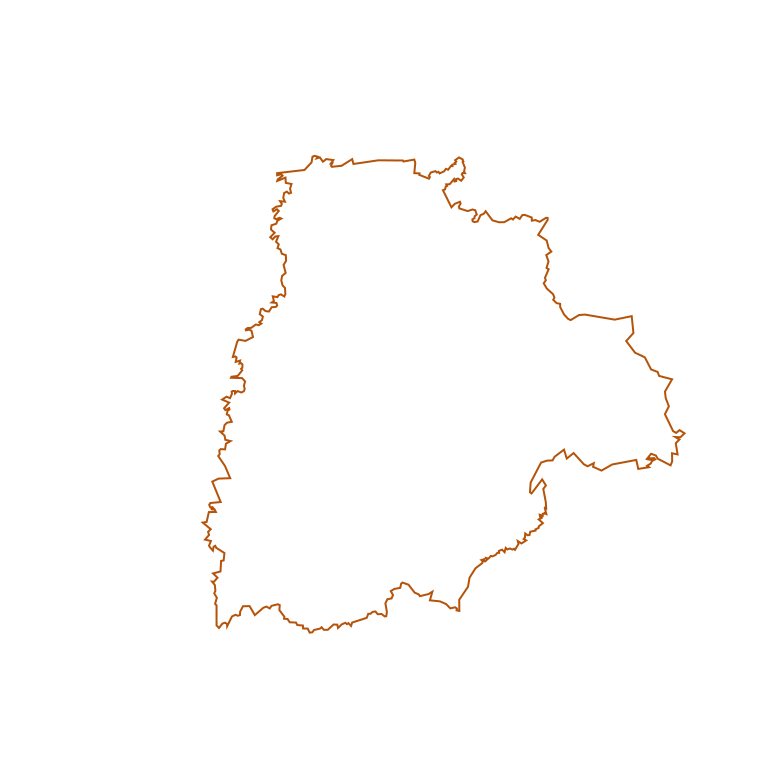 the district of Sisonke, KwaZulu-Natal, South Africa, rotated 243°
{"feature_id": "47623444B12889843225205", "entity_name": "Sisonke", "entity_type": "district", "adm_level": 2, "iso_a3": "ZAF", "parent_name": "South Africa", "parent_adm1": "KwaZulu-Natal", "projection": "equal_earth", "projection_center": [29.721, -30.084], "detail": "fine", "context": "isolated", "style": "outline", "palette": "amber", "viewbox_px": 768, "rotation_deg": 243, "n_neighbors": 0, "source": "geoboundaries", "source_scale": "gbopen_adm2", "svg_char_len": 6166}
<svg xmlns="http://www.w3.org/2000/svg" viewBox="0 0 768 768"><g transform="rotate(243 384 384)"><path d="M332.0,635.5L336.6,618.8L354.6,594.6L356.9,589.1L356.2,579.3L358.5,577.6L364.1,576.0L372.5,575.9L375.5,577.3L377.7,574.5L382.2,573.0L383.6,575.1L387.2,575.4L395.1,572.4L401.2,572.0L403.0,575.3L405.5,575.6L411.5,582.8L413.6,581.5L418.5,586.2L425.2,587.1L426.0,593.2L430.5,592.4L438.0,594.1L446.9,589.1L456.0,604.4L457.7,605.2L458.5,603.9L457.9,596.3L461.3,593.4L462.4,589.9L465.3,591.2L470.8,586.2L471.7,583.9L469.5,579.9L473.4,577.3L472.0,573.6L473.9,572.5L473.6,564.6L475.9,559.9L480.6,554.9L491.8,553.0L490.4,550.2L490.6,546.6L486.3,541.2L487.2,538.1L488.7,536.9L490.6,537.5L490.6,539.8L492.3,540.9L492.9,543.6L497.4,544.2L499.3,542.1L500.1,537.0L506.3,530.8L508.1,531.3L510.1,534.2L511.9,534.4L512.4,528.9L510.8,524.3L529.9,524.5L529.7,526.8L531.9,528.6L531.8,530.1L533.6,530.1L532.2,533.2L534.8,539.4L532.4,538.8L532.0,540.5L533.9,541.4L533.4,543.2L530.1,545.1L531.8,548.8L535.5,548.5L536.3,549.8L535.1,551.9L537.0,551.8L540.0,554.3L546.1,554.9L546.4,556.6L546.6,555.3L548.3,556.1L551.8,553.7L551.1,549.0L549.3,549.3L548.9,547.4L547.7,547.6L548.4,544.4L547.1,543.9L547.9,542.7L545.8,538.4L547.6,536.9L546.2,534.1L546.4,529.1L548.3,528.9L548.5,527.1L550.3,526.5L551.2,521.7L549.0,518.4L547.6,518.8L546.5,517.3L554.3,510.4L555.5,511.3L558.1,506.7L566.7,512.2L570.2,512.9L573.4,502.4L574.5,502.4L585.9,480.5L593.9,456.7L598.8,457.7L597.7,445.3L601.2,436.1L602.5,435.9L604.2,438.1L604.6,436.9L606.5,440.5L610.6,434.7L609.8,430.5L615.0,429.7L615.6,426.5L616.6,428.2L618.8,425.7L619.0,423.5L614.3,420.0L610.8,410.3L620.4,384.5L618.5,383.5L617.5,387.7L615.6,388.2L614.6,382.3L613.4,381.1L612.6,389.9L607.8,387.8L604.2,392.4L600.6,388.9L596.6,388.0L596.8,385.8L599.5,384.8L599.5,381.7L595.5,378.7L591.4,378.5L594.1,374.4L590.8,374.7L589.5,373.2L590.9,368.4L590.3,364.0L588.0,363.8L588.3,368.0L585.9,368.8L583.2,362.6L581.5,361.5L579.8,362.7L579.5,366.4L578.0,367.6L577.9,363.2L575.7,360.8L576.5,355.8L572.9,353.4L568.4,355.2L566.4,349.3L563.5,350.5L564.8,354.1L563.7,357.0L559.8,352.4L556.2,353.6L553.4,350.8L550.9,352.8L546.4,352.1L543.4,355.0L538.2,352.7L535.7,348.6L527.6,346.8L526.6,342.3L522.9,339.5L517.8,338.4L514.6,339.4L509.0,337.0L507.2,334.9L510.7,332.8L511.0,330.5L509.8,328.5L512.6,324.7L508.0,323.6L507.6,321.0L505.0,325.0L502.4,324.4L501.8,322.4L503.4,318.8L500.8,314.4L502.7,311.6L506.2,310.1L506.6,308.3L502.6,305.0L499.1,306.7L496.4,304.4L495.7,301.0L493.5,302.1L493.3,299.0L495.2,296.8L494.3,291.1L495.8,287.8L495.4,285.5L494.4,285.4L493.7,288.5L491.6,290.1L485.3,288.6L485.3,280.1L489.5,274.6L488.3,272.4L476.7,261.6L475.9,264.2L474.6,264.7L471.0,261.9L470.2,266.4L467.8,264.4L467.4,266.2L465.6,266.7L462.8,265.2L462.4,263.6L460.6,263.9L457.6,257.3L459.7,251.4L459.0,250.5L453.7,260.2L449.4,261.4L445.9,258.3L442.9,257.7L441.2,255.9L441.2,253.0L444.2,250.3L443.2,247.0L445.4,248.0L446.4,246.2L446.4,244.8L444.3,244.1L441.3,240.4L444.2,237.9L443.6,232.7L437.7,237.6L435.0,230.5L432.8,230.8L432.8,235.1L431.4,234.7L431.3,232.6L428.3,230.1L426.5,231.6L419.4,231.2L420.8,226.6L419.8,223.3L414.8,219.4L416.1,216.4L410.4,218.5L406.3,217.3L402.8,221.4L402.6,216.1L397.9,212.7L400.1,208.9L399.6,207.1L396.0,205.7L395.1,203.6L383.1,205.1L369.9,204.2L374.8,193.7L375.0,186.7L353.0,184.9L356.8,175.2L355.7,173.4L353.0,173.2L352.1,175.3L351.1,175.5L351.5,173.8L350.5,173.5L349.1,176.1L346.3,176.1L349.4,169.8L341.6,163.3L342.8,159.6L333.3,163.7L332.1,160.1L328.9,159.6L326.6,153.9L322.7,158.5L319.4,154.7L317.5,154.8L313.2,155.9L316.4,158.3L316.4,160.2L314.3,160.1L305.8,165.1L299.6,161.0L300.3,158.5L291.2,153.2L292.8,145.7L287.0,147.7L285.0,142.7L286.0,141.1L281.7,142.0L276.3,139.9L274.6,137.7L269.4,138.0L264.8,133.7L262.8,134.3L244.9,125.2L241.5,126.2L243.9,131.2L243.5,134.0L241.5,135.2L239.4,134.3L245.9,143.0L245.8,146.9L243.9,148.5L243.5,150.7L246.5,152.5L250.0,157.5L247.1,163.4L236.7,164.0L239.4,174.8L239.1,178.1L235.9,180.3L237.4,183.1L235.9,189.5L234.3,190.7L230.0,188.1L221.9,189.6L220.2,188.4L218.4,191.4L214.5,191.8L211.4,197.3L208.6,197.3L205.6,202.1L202.9,200.9L200.7,205.0L196.2,204.9L195.3,207.4L196.6,210.0L195.1,215.8L195.6,218.0L192.3,218.8L190.5,222.3L192.6,229.9L190.8,233.1L187.5,232.3L189.0,237.2L188.8,241.1L186.8,242.0L187.1,243.7L183.4,244.8L185.9,247.3L183.5,262.4L186.4,265.7L185.4,267.5L186.1,270.5L185.2,273.1L181.7,273.9L180.2,277.4L176.5,279.2L176.1,280.6L179.6,283.1L188.0,285.7L190.7,289.3L189.5,293.4L191.9,296.2L196.4,296.0L196.7,300.2L195.0,305.9L198.3,308.6L198.7,310.3L194.1,314.7L184.2,316.6L180.7,319.5L178.7,319.6L176.6,328.4L177.0,332.8L170.4,326.7L164.9,335.2L159.6,339.5L154.0,341.2L152.7,346.1L150.8,347.0L149.4,345.9L147.6,348.1L157.6,353.1L165.2,366.8L172.6,372.3L178.3,381.9L179.8,390.2L181.6,391.5L182.9,390.9L182.4,393.8L180.7,392.4L180.0,393.9L180.8,396.1L182.5,396.1L181.0,397.8L182.3,401.2L181.2,402.3L181.0,405.8L182.1,408.4L181.3,409.9L183.1,410.6L182.8,414.0L179.4,415.1L182.7,418.0L180.6,418.8L180.3,421.5L178.2,423.2L178.2,425.0L176.8,425.4L180.4,431.2L183.3,431.9L179.5,434.1L180.1,439.7L182.5,438.1L183.1,439.8L186.7,442.0L184.0,443.3L183.4,445.1L186.0,447.2L184.6,452.5L185.7,452.9L185.6,456.5L186.9,457.3L187.9,462.4L193.1,460.4L193.1,463.9L194.7,464.0L194.4,462.7L196.8,463.4L194.5,465.6L196.2,466.5L195.6,468.1L196.9,467.9L194.5,469.6L200.6,471.0L201.0,471.9L200.0,472.2L205.2,474.5L218.2,478.3L220.1,482.2L227.2,481.6L219.5,465.8L221.2,464.9L229.6,469.9L242.7,488.3L241.7,494.5L239.4,499.5L241.7,502.9L243.8,514.6L234.6,513.0L236.4,521.6L221.8,525.6L218.3,528.0L218.2,535.0L215.3,532.7L208.1,538.5L208.7,550.8L201.8,574.3L192.9,572.0L189.6,582.3L191.7,581.3L192.0,585.5L193.8,588.1L193.7,591.4L195.4,591.0L196.6,588.1L195.4,588.3L195.4,587.2L196.5,585.7L197.8,586.5L197.1,584.8L197.8,584.1L200.6,590.3L196.8,593.8L193.3,593.9L181.4,602.4L184.2,605.6L191.5,609.2L188.0,613.6L198.8,617.1L200.4,622.0L204.5,619.5L202.0,623.9L203.6,629.4L208.7,626.4L207.8,622.1L210.8,620.2L229.6,620.6L234.8,627.7L243.5,628.6L249.7,630.9L257.4,642.8L266.3,632.8L270.5,633.3L275.7,628.6L289.4,628.5L297.9,621.9L312.3,619.3L316.2,629.4L332.0,635.5Z" fill="none" stroke="#b45309" stroke-width="2"/></g></svg>